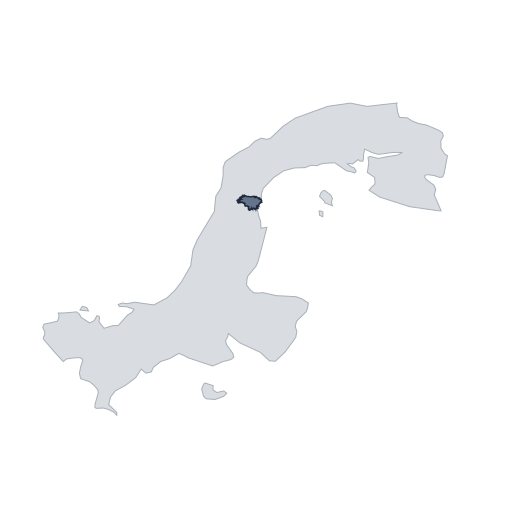 Arraiján, Panama shown in context, rotated 318°
{"feature_id": "35544464B31550191226189", "entity_name": "Arraiján", "entity_type": "district", "adm_level": 2, "iso_a3": "PAN", "parent_name": "Panama", "parent_adm1": "", "projection": "albers", "projection_center": [-79.724, 8.989], "detail": "fine", "context": "in_parent", "style": "filled", "palette": "slate", "viewbox_px": 512, "rotation_deg": 318, "n_neighbors": 0, "source": "geoboundaries", "source_scale": "gbopen_adm2", "svg_char_len": 7811}
<svg xmlns="http://www.w3.org/2000/svg" viewBox="0 0 512 512"><g transform="rotate(318 256 256)"><path d="M463.2,236.7L461.7,237.7L457.6,243.8L455.3,249.0L460.8,254.4L462.4,260.2L465.5,266.4L470.3,272.7L475.7,284.4L477.0,289.1L475.5,292.2L470.4,294.1L465.7,299.6L464.5,306.3L465.4,309.6L451.2,320.4L447.6,322.2L445.1,320.5L442.1,315.2L438.4,310.9L436.5,309.4L435.3,309.3L434.2,310.3L433.7,312.7L435.6,322.7L434.1,326.8L429.3,329.9L423.8,346.3L421.6,344.2L403.3,322.3L387.4,295.1L384.0,282.8L388.1,282.1L392.1,282.3L394.2,280.4L396.7,276.8L394.6,268.5L402.3,262.1L405.1,257.8L407.3,258.3L412.3,265.5L419.6,269.7L428.6,275.7L434.1,277.0L427.1,270.7L415.0,262.4L411.5,256.9L408.3,249.3L403.6,252.7L401.4,255.4L399.0,257.0L396.8,255.2L396.5,252.7L389.3,252.2L387.5,250.0L385.6,248.7L386.5,253.5L387.9,256.4L387.2,260.0L384.8,260.3L382.8,256.6L380.3,253.3L376.9,239.4L368.8,232.9L365.1,230.7L362.0,229.9L357.5,225.4L351.5,223.1L343.4,216.2L333.5,211.2L321.4,209.5L306.6,210.6L301.7,213.4L298.3,216.9L296.7,218.5L288.0,222.5L284.7,228.3L282.7,233.2L278.3,238.7L283.3,242.0L254.8,260.9L249.2,263.6L236.4,265.5L233.5,267.5L229.6,271.2L229.0,276.9L229.6,281.7L233.3,285.4L236.6,287.8L244.5,299.0L258.6,313.1L261.3,318.3L263.5,325.9L259.2,329.5L255.9,331.0L242.5,331.6L237.9,334.6L236.0,339.3L231.0,343.1L213.6,346.8L200.0,347.2L195.8,342.8L194.8,330.6L185.8,309.6L183.6,295.1L181.3,296.9L176.5,298.6L174.8,302.2L173.6,312.8L171.8,316.4L168.0,316.1L160.4,312.2L150.2,308.7L137.3,286.0L135.9,281.8L133.4,276.7L123.3,274.5L114.8,270.7L105.4,270.0L100.6,272.1L95.8,269.4L95.0,263.2L85.1,265.9L72.6,264.8L61.3,262.1L53.6,263.4L47.1,267.8L47.9,279.0L46.0,281.2L45.8,276.6L43.6,271.3L40.9,266.9L35.3,262.3L35.0,260.7L37.3,258.4L47.6,251.9L48.9,249.2L49.1,243.5L48.2,238.0L43.6,229.9L46.3,225.0L51.6,221.0L57.1,217.9L58.0,216.6L57.1,213.8L53.9,210.9L46.5,205.8L42.1,205.4L42.0,190.9L42.4,175.6L43.5,174.1L46.2,173.2L48.4,170.9L49.7,166.4L52.9,164.8L58.8,168.3L64.7,171.5L67.2,170.5L69.1,169.0L70.4,167.5L70.9,166.1L75.6,170.2L85.3,177.5L85.9,181.1L84.9,184.5L87.6,194.4L92.6,195.8L97.8,193.9L99.0,195.8L98.1,197.6L95.4,199.6L94.7,208.0L103.0,212.0L107.2,215.5L121.1,213.9L126.2,214.9L129.7,213.9L125.9,207.1L120.7,202.1L121.2,199.8L125.1,201.5L128.1,205.0L134.9,209.2L147.4,224.0L161.9,227.6L173.3,227.2L183.9,225.2L200.9,219.6L213.2,209.3L223.1,204.7L254.8,195.0L266.1,184.7L270.8,183.4L275.4,182.1L285.3,174.4L290.7,168.3L296.4,165.3L313.1,167.5L324.0,170.3L331.5,169.9L338.7,171.9L341.9,176.3L345.1,178.2L362.9,177.7L377.4,179.8L409.3,192.7L428.4,205.5L438.6,219.1L463.2,236.7ZM142.5,338.4L138.3,338.7L129.8,335.4L123.6,329.0L123.2,327.0L123.3,324.9L126.7,318.4L131.3,316.2L133.1,316.2L137.4,323.7L134.4,326.6L135.6,331.3L141.7,334.7L142.5,338.4ZM347.8,266.6L346.4,269.8L342.8,262.6L343.4,260.7L343.1,254.2L346.5,252.5L349.0,252.3L351.0,253.2L352.3,260.9L351.3,264.4L347.8,266.6ZM95.7,181.3L94.8,184.8L89.0,178.4L92.5,177.3L93.7,177.5L95.7,181.3ZM335.2,268.1L331.8,271.5L330.5,268.3L332.8,265.0L333.7,265.0L335.2,268.1Z" fill="#d9dde1" stroke="#a8b0b8" stroke-width="1"/><path d="M286.8,220.4L286.9,220.8L287.0,220.6L287.3,220.7L287.4,220.9L287.3,221.1L287.9,220.7L288.5,220.6L288.7,220.9L288.6,221.4L289.2,221.9L289.7,221.8L289.2,221.9L289.0,221.7L289.3,221.5L289.4,221.4L289.5,221.4L289.5,221.5L289.4,221.7L289.5,221.7L289.6,221.3L289.3,221.1L289.5,220.8L289.3,220.6L289.2,220.1L289.5,219.9L289.5,219.6L289.7,219.4L290.0,219.3L290.2,219.6L290.3,219.3L290.5,219.3L290.5,219.9L290.9,220.1L291.1,220.4L291.1,220.0L291.3,219.8L291.9,219.8L292.5,219.8L293.6,219.3L295.1,219.2L295.2,219.5L295.4,219.4L295.6,219.4L295.7,219.6L296.0,219.7L295.9,219.4L296.0,219.0L296.3,218.9L296.7,219.0L296.8,218.9L297.3,218.5L297.4,218.2L297.4,217.9L297.7,217.0L297.3,216.7L297.2,216.8L297.3,216.7L296.9,216.4L296.8,216.5L296.7,216.4L296.9,216.1L297.1,216.1L297.3,215.6L297.0,215.6L296.9,215.6L297.0,215.5L296.7,215.5L296.6,215.3L296.6,215.2L296.6,215.3L296.6,215.1L296.7,214.9L296.5,214.7L296.7,214.4L296.5,214.0L296.4,213.9L295.8,213.0L295.9,212.7L296.1,213.0L296.1,212.9L296.0,212.3L295.6,211.8L295.0,211.1L295.0,211.3L294.8,211.3L294.8,211.5L294.7,211.7L294.7,211.9L294.9,211.9L294.8,212.0L294.7,212.0L294.0,212.1L293.9,212.3L294.0,212.0L294.6,212.0L294.6,211.9L294.8,211.4L294.7,211.0L294.3,210.6L294.1,210.5L293.8,210.2L293.8,209.9L293.5,209.7L293.0,209.3L292.3,208.9L291.2,208.2L290.3,206.8L289.4,206.1L289.1,205.8L288.7,204.7L287.8,203.0L287.6,203.1L287.8,203.8L287.6,203.6L287.8,204.0L287.6,203.8L287.5,204.0L287.4,204.0L287.5,204.2L287.5,204.3L287.6,204.5L287.5,204.4L287.4,204.0L287.5,203.9L287.4,203.7L287.6,203.6L287.6,203.3L287.6,203.0L287.7,202.9L287.2,202.7L287.2,202.9L286.9,202.8L287.0,203.0L286.8,203.0L286.8,203.3L286.8,202.8L286.4,202.7L286.4,202.9L286.4,202.5L286.2,202.7L286.2,202.4L285.8,202.4L285.6,202.3L285.4,202.6L285.7,203.0L285.6,202.9L285.3,203.0L285.2,202.8L285.3,202.7L285.2,202.6L284.9,202.6L284.6,202.5L284.6,202.4L284.4,202.5L284.4,202.1L284.0,202.0L283.8,201.9L283.7,201.9L283.7,202.1L283.9,202.6L283.7,202.7L283.5,202.4L283.4,202.6L283.6,202.7L283.7,202.8L283.4,202.9L283.3,202.7L283.2,202.7L283.3,202.6L283.2,202.4L283.0,202.6L283.0,202.3L283.2,202.1L283.0,201.9L282.6,202.5L282.8,202.7L282.6,202.9L282.7,203.1L283.0,203.4L283.1,203.5L283.4,203.9L283.4,204.0L283.2,203.8L282.9,203.8L282.9,203.6L282.6,203.4L282.6,203.2L282.6,203.5L282.6,203.9L282.5,203.7L282.3,203.8L282.3,203.5L282.5,203.5L282.5,203.4L282.4,203.3L282.0,203.4L282.1,203.1L281.9,203.0L281.7,203.0L281.4,203.6L281.4,203.4L281.5,203.3L281.4,203.2L281.5,203.1L281.4,203.0L281.4,202.9L281.2,202.8L281.4,202.8L281.4,202.7L281.2,202.4L281.3,202.5L281.2,202.6L281.1,202.4L281.0,202.6L280.8,202.5L280.8,202.4L280.7,202.4L280.6,202.5L280.4,202.6L280.5,202.7L280.4,202.9L280.6,202.9L280.7,203.0L280.4,203.0L280.7,203.2L280.8,203.1L280.7,203.2L280.9,203.3L280.8,203.5L280.7,203.6L280.7,203.4L280.4,203.5L280.4,203.4L280.2,203.4L280.3,203.6L280.5,203.8L280.4,203.7L280.2,203.7L280.2,203.8L280.0,203.6L279.9,203.7L280.2,204.1L280.0,203.9L280.0,204.1L280.0,204.3L279.9,204.3L279.9,204.0L279.7,204.1L279.8,203.5L280.0,203.5L279.9,203.2L279.9,203.5L279.7,203.3L279.9,203.0L279.7,202.8L280.0,202.8L279.9,202.6L280.0,202.3L279.9,202.4L279.9,202.2L279.5,202.1L279.6,202.4L279.8,202.5L279.5,202.5L279.5,202.9L279.6,203.0L279.7,203.4L279.5,203.6L279.4,203.5L279.2,203.7L279.1,203.9L279.4,204.1L279.4,204.3L279.2,204.1L279.1,204.4L278.9,204.3L279.1,204.1L279.0,203.7L278.9,203.6L278.5,203.8L278.6,204.1L278.4,204.1L278.4,204.4L278.8,204.3L278.7,204.5L278.9,204.6L278.9,204.9L279.0,205.0L279.0,204.8L279.2,204.6L279.3,204.6L279.2,204.7L279.3,204.7L279.5,204.8L279.6,204.7L279.6,204.8L279.9,204.6L280.0,204.4L280.0,204.5L280.3,204.7L280.6,204.5L280.3,204.7L280.1,204.6L280.2,204.9L280.4,204.9L280.4,205.2L280.3,205.3L280.3,205.5L280.5,205.6L280.5,205.9L280.6,206.0L280.8,206.1L280.9,206.5L281.1,206.6L281.4,206.5L282.0,206.8L282.1,207.1L282.0,207.3L282.0,207.6L281.9,208.3L282.2,208.4L282.4,208.8L282.6,208.8L282.6,209.0L282.8,209.1L282.8,209.4L282.9,209.5L282.5,209.8L282.4,210.0L282.1,210.2L282.1,210.5L282.0,210.8L281.8,210.9L281.6,211.0L281.6,211.3L281.4,211.5L281.5,211.8L283.1,213.0L283.0,213.5L283.0,214.0L283.4,214.1L283.6,214.7L282.5,215.3L282.5,215.8L282.3,216.0L281.8,216.0L281.7,216.1L281.8,216.5L281.7,216.6L281.7,216.8L281.6,217.1L281.7,217.4L281.9,217.4L281.9,217.6L282.0,217.8L282.7,217.5L282.8,217.7L283.2,217.6L283.3,217.7L283.5,217.6L283.6,217.9L283.9,217.9L284.0,218.1L283.9,218.2L284.1,218.3L284.2,218.2L284.4,218.4L284.7,218.2L284.7,218.5L285.0,218.0L285.0,218.3L285.3,218.3L285.2,218.2L285.3,218.2L285.4,218.3L285.5,218.6L285.8,218.6L286.3,218.9L286.2,219.1L286.4,219.1L286.2,219.2L286.4,219.3L286.3,219.5L286.5,219.6L286.4,219.9L286.2,219.9L286.4,220.0L286.4,220.3L286.8,220.4Z" fill="#64748b" stroke="#1e293b" stroke-width="1.5"/></g></svg>